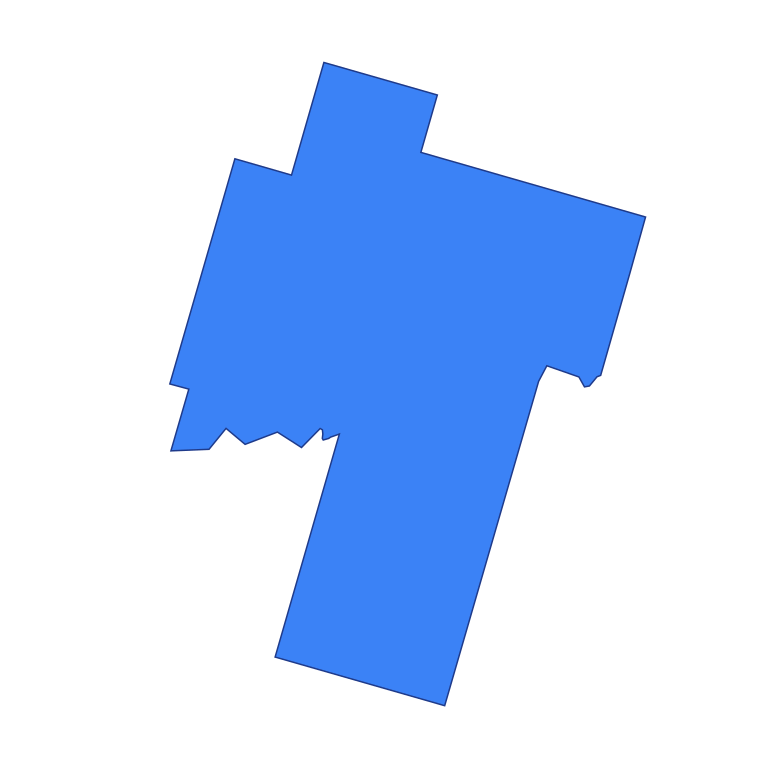 the district of Murray, Oklahoma, United States of America, rotated 286°
{"feature_id": "52423323B72511953258749", "entity_name": "Murray", "entity_type": "district", "adm_level": 2, "iso_a3": "USA", "parent_name": "United States of America", "parent_adm1": "Oklahoma", "projection": "mercator", "projection_center": [-97.077, 34.485], "detail": "fine", "context": "isolated", "style": "filled", "palette": "blue", "viewbox_px": 768, "rotation_deg": 286, "n_neighbors": 0, "source": "geoboundaries", "source_scale": "gbopen_adm2", "svg_char_len": 565}
<svg xmlns="http://www.w3.org/2000/svg" viewBox="0 0 768 768"><g transform="rotate(286 384 384)"><path d="M676.5,355.6L676.5,237.6L559.3,237.5L559.4,178.6L325.0,178.1L325.3,197.8L261.0,197.6L273.0,233.8L297.8,244.4L287.7,267.1L308.4,294.8L300.2,322.2L323.6,334.9L323.0,337.4L319.0,339.0L314.7,339.7L313.4,341.0L316.4,345.8L318.2,347.3L323.6,354.9L91.5,354.6L91.5,531.0L429.2,531.9L446.4,535.5L444.5,569.4L436.5,577.5L438.7,582.0L449.7,586.8L452.0,589.9L558.2,589.8L616.6,589.4L616.8,355.6L676.5,355.6Z" fill="#3b82f6" stroke="#1e3a8a" stroke-width="1.5"/></g></svg>